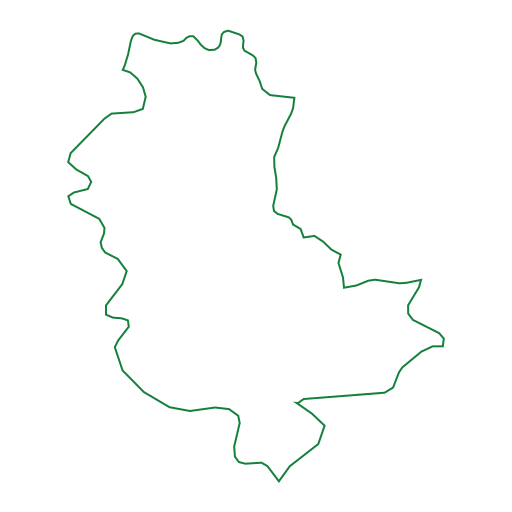 SVG path tracing the border of Rhône
{"feature_id": "FRA-5338", "entity_name": "Rhône", "entity_type": "Metropolitan department", "adm_level": 1, "iso_a3": "FRA", "parent_name": "France", "parent_adm1": "", "projection": "natural_earth1", "projection_center": [4.648, 45.872], "detail": "fine", "context": "isolated", "style": "outline", "palette": "green", "viewbox_px": 512, "rotation_deg": 0, "n_neighbors": 0, "source": "natural_earth", "source_scale": "10m", "svg_char_len": 1774}
<svg xmlns="http://www.w3.org/2000/svg" viewBox="0 0 512 512"><path d="M294.4,97.8L293.0,108.5L291.2,113.5L284.6,126.1L282.5,131.5L278.2,147.7L274.2,157.0L274.4,167.0L276.2,177.8L276.8,189.4L273.2,205.9L274.0,211.0L277.6,213.9L288.9,217.4L291.3,219.8L293.0,224.5L300.6,229.0L303.7,237.5L314.4,235.9L323.2,241.7L331.5,249.7L340.7,254.6L338.5,263.0L343.0,277.5L344.0,287.7L356.4,285.5L368.3,280.7L375.2,279.7L399.4,283.3L406.5,282.8L421.0,279.9L419.0,287.3L408.1,305.3L408.2,313.6L412.9,319.9L439.2,333.2L443.8,338.6L442.8,346.3L432.8,346.3L421.4,351.6L402.3,367.4L399.0,372.3L393.1,387.5L384.6,392.7L303.7,399.0L298.1,403.0L296.5,402.9L311.8,413.5L324.6,425.7L318.3,444.0L289.8,466.2L278.9,481.3L267.4,466.1L261.5,462.7L245.2,463.7L238.8,462.0L234.9,456.6L234.2,446.5L239.7,423.0L238.2,415.7L229.0,409.1L215.1,407.5L189.9,411.0L169.5,407.2L143.9,392.1L122.6,370.5L114.8,347.2L118.2,340.4L128.8,326.7L127.9,320.4L121.6,318.3L112.8,317.6L106.0,314.6L106.0,305.4L122.3,284.1L126.7,271.1L117.8,259.0L105.2,252.5L101.9,248.0L100.6,242.3L104.0,233.5L104.5,228.0L99.3,218.9L70.8,203.9L68.3,196.3L73.9,192.5L87.8,189.0L91.2,181.9L88.0,176.1L76.3,169.5L68.2,162.1L70.6,153.2L104.5,118.6L111.6,113.6L133.5,112.2L142.8,108.9L145.7,96.8L143.0,87.4L137.4,78.7L130.2,72.4L122.8,69.9L124.7,65.5L128.1,54.4L130.7,41.7L131.7,38.6L133.0,35.7L135.4,33.7L138.9,33.4L154.4,39.8L170.5,43.4L178.2,42.8L183.6,40.8L186.3,37.9L189.7,36.2L193.4,36.3L197.9,40.8L200.7,44.6L204.6,48.2L208.9,50.1L214.7,49.7L218.3,47.5L220.2,44.5L220.9,41.2L221.2,37.7L221.9,34.2L224.1,31.9L228.2,30.7L239.3,34.4L242.6,36.5L243.6,40.9L243.1,44.4L243.0,47.8L244.5,50.7L252.7,55.3L255.5,58.0L256.3,62.5L255.1,69.9L256.0,73.4L259.7,81.2L262.2,88.9L270.1,95.1L294.4,97.8Z" fill="none" stroke="#15803d" stroke-width="2"/></svg>